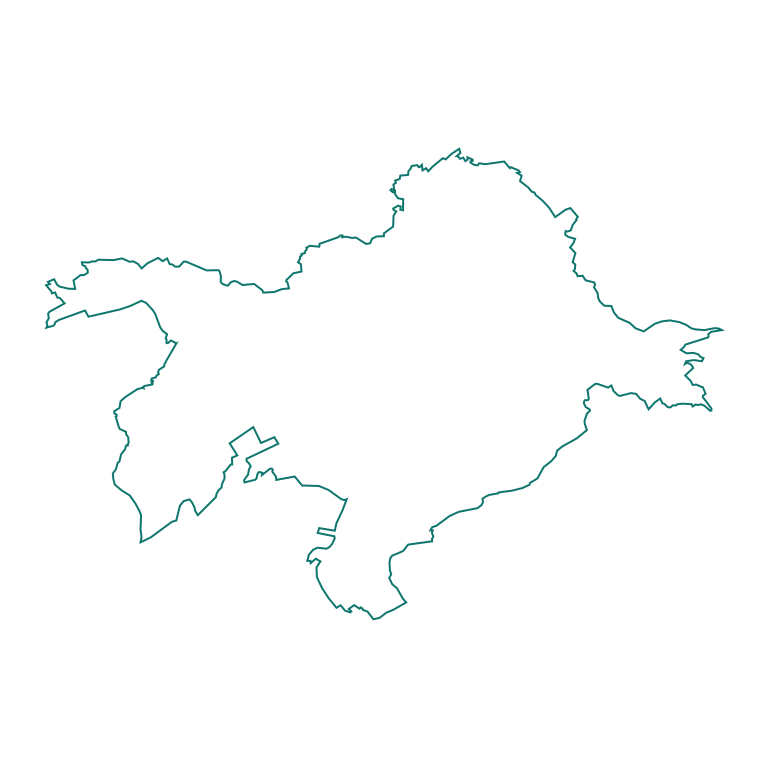 Ileanda, Salaj, Romania
{"feature_id": "2599482B39654987935311", "entity_name": "Ileanda", "entity_type": "district", "adm_level": 2, "iso_a3": "ROU", "parent_name": "Romania", "parent_adm1": "Salaj", "projection": "natural_earth1", "projection_center": [23.607, 47.339], "detail": "fine", "context": "isolated", "style": "outline", "palette": "teal", "viewbox_px": 768, "rotation_deg": 0, "n_neighbors": 0, "source": "geoboundaries", "source_scale": "gbopen_adm2", "svg_char_len": 6088}
<svg xmlns="http://www.w3.org/2000/svg" viewBox="0 0 768 768"><path d="M373.4,619.2L379.4,618.0L386.4,612.6L392.9,610.0L406.2,602.4L402.9,598.7L397.0,588.3L392.2,584.2L389.2,577.9L391.2,574.3L390.0,570.5L389.5,562.9L390.3,558.1L392.3,555.6L403.0,551.1L408.2,544.6L432.2,541.3L432.0,538.9L433.3,536.5L431.9,532.7L432.7,530.4L430.4,530.4L432.2,527.2L436.4,525.8L449.6,516.0L458.8,511.8L477.4,508.2L481.6,505.0L483.0,502.0L482.5,498.8L485.6,496.6L489.4,494.9L498.3,493.3L498.7,492.4L511.4,490.8L522.2,488.1L529.5,484.8L530.0,482.9L537.5,478.4L543.6,467.2L551.3,461.1L555.8,455.9L557.1,450.7L562.2,446.5L576.7,438.4L586.9,430.1L584.8,423.9L584.5,420.8L586.9,413.8L589.9,410.8L589.7,409.5L585.8,407.1L583.9,403.3L584.1,401.5L585.1,400.1L587.8,400.2L588.8,398.8L587.5,389.8L595.2,383.9L597.6,383.9L608.1,387.6L611.3,385.5L613.7,391.2L618.0,395.3L619.9,395.9L631.1,393.1L636.2,393.9L640.1,398.7L644.7,401.0L648.6,409.3L654.7,402.5L660.2,398.5L662.3,403.2L664.5,404.0L667.9,407.2L670.5,407.4L672.8,405.3L676.0,405.5L677.3,404.2L682.7,403.7L691.6,404.2L692.7,406.5L695.6,404.5L697.9,405.1L700.9,404.3L704.3,405.6L710.2,410.8L711.4,410.5L711.4,408.4L702.8,397.1L702.9,395.8L705.6,393.9L703.0,387.5L696.2,384.6L692.6,384.9L690.7,381.0L685.2,375.5L693.2,368.0L691.3,364.8L689.2,363.5L687.0,362.8L685.0,364.0L686.1,361.3L693.6,360.1L702.0,361.2L703.5,358.1L700.9,357.1L698.0,354.2L693.4,352.9L686.4,353.3L680.7,349.9L684.1,346.9L685.4,344.6L707.8,337.5L708.5,336.9L708.3,334.1L711.3,331.8L721.9,330.1L719.0,328.6L714.9,328.1L704.4,330.1L695.5,329.4L691.3,328.3L686.1,324.8L679.3,322.1L669.9,320.4L661.8,321.4L655.0,323.7L643.7,331.4L635.5,328.3L629.7,322.9L618.3,317.8L614.0,312.6L611.3,306.0L604.2,305.7L599.8,301.4L598.3,298.1L597.5,293.0L594.0,287.2L595.1,284.6L594.3,282.5L585.6,280.3L582.7,275.8L577.6,276.2L576.6,273.5L573.6,270.9L574.9,269.2L575.3,264.6L572.7,262.2L575.4,253.1L570.1,247.4L573.2,243.5L575.1,238.8L568.5,237.0L565.4,234.9L565.1,233.9L565.7,231.1L567.0,231.6L570.7,230.5L572.8,224.8L576.6,219.9L576.2,219.1L577.8,216.8L570.4,208.1L565.6,209.7L555.2,217.1L549.1,207.7L542.6,200.7L535.7,195.0L534.4,192.5L531.8,191.7L528.1,187.3L520.0,181.1L521.6,175.7L517.2,172.9L519.9,172.1L518.7,170.5L510.8,167.2L509.9,168.2L504.2,161.5L485.4,164.2L479.2,163.3L477.7,165.4L474.2,164.9L470.4,162.5L470.5,161.3L472.7,160.8L472.6,159.6L467.4,157.3L467.5,159.7L465.3,161.1L463.2,157.6L460.1,158.8L458.0,156.4L456.7,156.2L460.4,153.0L459.1,148.8L451.4,154.0L445.7,159.4L442.9,158.2L432.6,166.6L428.3,171.3L426.1,168.2L422.5,170.4L421.9,164.8L419.6,167.2L418.6,167.1L417.4,165.2L412.4,165.8L411.4,166.3L410.7,168.7L408.4,171.2L408.1,174.9L400.3,175.6L399.7,179.0L395.1,180.6L395.8,182.9L393.4,184.5L394.3,190.1L391.4,189.0L390.5,190.3L393.1,192.4L395.0,191.2L395.2,194.4L398.1,198.3L403.2,199.2L403.0,210.3L400.3,209.7L400.7,206.5L398.2,205.7L393.2,208.5L393.6,209.9L396.3,211.4L393.6,215.6L393.1,226.6L383.9,233.4L383.9,236.2L376.4,236.5L372.0,238.8L370.1,243.3L366.0,243.9L356.1,237.6L351.6,237.9L346.2,236.7L342.2,237.3L342.5,235.5L340.5,235.4L338.3,237.2L319.6,243.8L319.2,246.7L309.7,245.8L306.4,247.8L306.9,249.0L304.7,252.0L304.9,253.1L301.4,254.0L301.7,255.5L300.0,256.6L300.1,258.6L298.0,262.3L300.9,264.2L301.5,271.5L293.4,273.3L286.4,280.0L286.1,281.3L287.5,282.4L289.0,288.4L281.9,289.1L274.2,292.0L263.3,292.6L262.3,290.2L254.2,284.0L242.5,285.0L236.9,281.6L234.0,281.0L230.5,282.5L228.0,285.6L226.3,285.4L222.8,284.1L220.8,282.3L220.9,276.2L219.6,271.4L218.5,270.2L206.6,270.4L186.2,261.7L183.7,261.6L179.2,266.6L175.0,266.6L172.5,264.6L169.6,264.0L167.1,258.4L162.7,261.2L158.1,257.9L147.6,263.2L141.6,268.4L138.0,263.9L133.3,261.4L129.4,261.7L122.0,258.4L113.6,260.1L98.5,259.7L95.2,261.5L92.1,261.4L89.2,262.5L81.9,262.3L82.5,265.2L85.2,266.1L85.8,268.0L87.6,269.7L87.8,272.7L84.2,275.0L80.4,275.2L73.5,280.4L75.2,288.9L68.4,288.7L59.3,286.5L56.9,284.4L54.1,279.2L47.9,281.9L49.9,284.1L46.1,285.2L51.3,291.3L51.9,293.3L55.1,292.5L57.3,297.5L59.8,297.9L64.6,303.4L49.4,311.8L48.1,313.7L48.8,318.2L46.5,322.4L47.4,325.8L46.4,327.7L53.1,325.8L54.5,324.7L55.3,322.2L58.8,320.0L85.0,310.5L88.5,316.7L120.1,309.4L130.4,305.9L141.4,300.8L146.1,302.9L152.8,310.1L155.3,314.1L160.2,327.3L162.7,330.9L167.1,334.2L165.7,338.3L166.5,339.5L166.6,343.1L168.2,342.9L170.9,340.5L175.3,342.7L175.5,343.8L176.4,343.4L166.1,361.1L164.2,364.8L164.2,366.4L158.9,369.8L158.1,372.6L158.8,374.0L156.3,375.9L155.8,377.3L151.6,378.6L151.3,380.3L153.0,380.9L152.6,382.4L151.6,382.5L152.6,384.0L152.2,384.5L144.3,386.0L143.2,387.0L143.7,388.3L142.2,387.8L137.5,389.1L125.2,397.1L120.6,401.2L119.5,407.9L114.2,411.3L114.4,413.5L116.7,414.7L116.6,416.2L115.7,416.6L118.9,427.3L119.8,429.0L126.0,431.8L126.0,434.0L128.2,437.2L128.6,442.3L127.7,445.5L126.8,445.1L125.8,446.2L125.1,449.2L121.1,454.4L119.5,461.2L117.6,463.2L115.8,469.5L113.3,472.7L112.8,474.0L113.4,479.3L114.8,484.6L121.5,490.3L129.8,495.5L135.3,503.3L139.3,510.8L141.1,515.3L140.5,529.2L141.5,536.8L140.6,542.3L150.9,537.3L171.9,521.8L176.3,520.5L179.9,505.7L183.7,501.1L189.5,499.4L191.9,502.3L194.3,506.9L195.3,511.0L197.8,515.2L215.8,497.2L216.5,494.0L218.3,490.6L221.6,487.4L221.8,484.7L224.6,478.2L224.4,474.1L223.5,472.3L225.4,471.2L230.6,464.6L232.2,464.5L232.0,457.7L237.3,455.4L229.7,443.3L253.3,427.1L261.0,443.0L274.3,437.2L278.3,443.7L246.5,458.8L246.7,461.3L248.9,463.1L250.7,466.3L248.9,469.6L248.1,474.5L244.1,480.1L244.6,482.4L255.1,479.8L256.5,478.5L257.6,473.6L259.2,472.0L262.3,472.7L261.9,475.1L269.7,468.9L271.9,468.6L272.8,469.9L272.3,471.6L276.1,476.9L276.3,479.9L294.7,476.5L302.1,485.5L319.0,486.0L328.6,490.0L341.1,499.0L343.9,500.1L346.7,499.2L342.6,510.1L336.4,523.3L334.8,530.7L319.2,528.1L317.7,533.0L334.4,536.3L334.7,538.5L332.0,544.2L329.3,547.2L326.4,548.7L317.4,547.7L313.0,549.9L308.9,554.8L307.3,560.9L310.4,560.9L310.7,563.1L315.8,558.7L320.4,561.4L316.5,567.5L316.9,577.2L322.3,588.5L328.8,598.4L336.5,607.8L340.6,605.3L345.0,610.6L350.2,612.4L351.3,611.5L348.8,609.0L354.1,605.1L359.6,608.7L360.7,607.4L362.4,608.5L362.8,609.9L367.5,611.6L373.4,619.2Z" fill="none" stroke="#0f766e" stroke-width="2"/></svg>